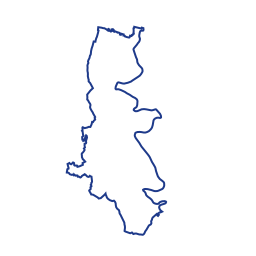 the district of My Duc, Ha Noi, Vietnam, rotated 17°
{"feature_id": "81297802B48632704069528", "entity_name": "My Duc", "entity_type": "district", "adm_level": 2, "iso_a3": "VNM", "parent_name": "Vietnam", "parent_adm1": "Ha Noi", "projection": "mercator", "projection_center": [105.721, 20.697], "detail": "fine", "context": "isolated", "style": "outline", "palette": "blue", "viewbox_px": 256, "rotation_deg": 17, "n_neighbors": 0, "source": "geoboundaries", "source_scale": "gbopen_adm2", "svg_char_len": 5756}
<svg xmlns="http://www.w3.org/2000/svg" viewBox="0 0 256 256"><g transform="rotate(17 128 128)"><path d="M69.9,55.3L70.1,59.8L70.0,62.6L70.2,65.2L70.8,68.2L70.8,69.0L70.5,69.8L70.7,72.4L70.3,74.7L70.3,75.7L70.3,76.1L71.1,77.4L70.9,78.6L70.9,80.0L71.7,82.1L72.3,84.6L72.9,86.0L73.4,86.8L74.0,88.5L74.4,90.1L75.7,92.5L76.4,93.5L76.6,94.7L76.8,95.0L78.7,96.1L82.8,100.2L81.1,103.2L79.2,108.0L80.2,110.6L80.7,112.7L81.0,112.9L81.7,113.2L82.9,114.5L84.6,115.9L85.0,116.3L85.4,117.0L85.6,119.1L86.3,120.3L88.0,122.0L89.7,123.4L90.8,124.7L93.4,127.1L93.1,127.8L93.2,128.2L94.1,129.4L94.1,129.6L93.3,130.8L92.8,132.6L91.9,132.7L92.1,135.2L91.7,138.0L90.1,138.4L88.8,139.5L86.6,140.8L84.5,140.5L84.3,140.8L84.6,141.9L85.2,143.3L84.8,144.1L85.2,144.4L85.6,144.6L87.0,147.6L87.7,148.4L86.8,150.0L87.7,152.4L88.5,152.2L89.0,153.4L89.8,152.9L89.6,152.2L90.3,152.2L90.4,150.4L89.8,150.4L90.1,147.3L90.8,147.6L91.6,149.1L91.6,152.5L91.9,153.4L92.3,154.2L92.3,154.7L92.2,155.0L91.6,155.5L91.1,155.7L91.6,157.5L92.1,158.5L92.5,159.1L91.8,160.5L92.7,161.3L92.9,161.8L92.7,162.7L92.1,164.4L91.4,165.7L91.3,166.1L91.6,167.2L92.0,167.9L92.5,169.4L93.0,170.0L93.5,170.4L93.8,171.0L95.4,171.7L96.9,172.7L94.8,174.8L95.6,176.4L93.1,178.6L91.1,179.9L90.9,179.9L90.4,178.9L90.2,178.8L88.4,179.4L88.0,179.5L87.5,179.3L87.1,178.5L86.7,177.3L86.0,177.0L85.4,177.1L84.8,178.5L84.2,179.3L82.8,179.1L82.2,178.6L80.7,180.1L82.3,182.8L82.9,183.6L83.0,184.3L82.5,184.6L82.0,185.2L82.2,186.1L82.3,187.5L82.5,188.5L83.9,188.2L84.6,188.3L85.8,189.2L87.7,189.3L88.8,188.7L90.0,189.2L90.4,189.0L90.7,188.6L90.6,188.4L91.9,188.9L92.9,188.3L93.4,188.2L93.6,188.2L93.8,188.4L94.1,189.2L94.3,189.3L95.2,188.9L95.7,188.9L96.8,189.3L97.1,189.1L97.5,188.7L98.0,187.3L99.8,185.2L100.0,185.5L100.8,185.0L103.2,186.3L104.3,186.4L105.0,186.0L105.5,184.9L106.2,185.2L107.3,185.2L109.2,189.5L109.3,190.3L109.0,191.2L109.3,192.2L109.0,193.3L109.8,193.9L110.1,194.4L110.0,194.8L109.5,195.3L109.4,195.7L110.1,197.0L110.1,197.5L109.4,198.5L109.2,199.0L109.2,199.3L110.1,200.2L110.9,200.8L111.3,201.4L111.7,201.6L112.2,202.3L114.1,202.0L119.4,203.3L120.6,204.0L122.5,203.0L125.1,198.7L125.7,197.3L126.1,198.1L127.3,199.5L128.2,200.7L129.6,201.6L131.7,202.3L134.3,202.5L135.8,201.6L137.2,202.4L137.6,202.9L138.2,203.6L138.9,205.4L139.9,207.2L141.2,208.3L143.3,209.2L144.3,210.6L144.6,211.5L145.1,212.3L146.2,213.2L152.1,219.5L152.9,221.4L153.7,222.7L154.3,224.4L154.8,227.4L154.9,227.6L156.2,227.8L160.8,228.0L161.1,227.9L162.3,226.8L162.6,226.8L164.0,227.8L164.3,227.8L165.4,226.9L166.8,226.5L170.0,226.5L171.4,226.1L173.3,225.8L173.7,225.5L174.3,224.5L174.5,223.6L174.7,221.8L175.4,219.8L176.5,215.1L178.0,213.5L178.1,212.9L178.2,212.2L177.4,210.4L177.7,208.6L177.6,207.5L177.8,206.4L180.7,201.7L181.4,201.9L181.8,203.1L182.4,203.3L182.9,202.0L181.8,200.9L182.8,199.6L183.8,199.0L183.7,198.8L184.0,198.5L184.2,198.8L185.1,198.0L183.1,197.2L181.7,196.0L180.9,194.6L180.9,193.8L181.0,193.3L181.2,192.7L182.3,191.6L184.7,190.0L185.8,189.1L186.0,188.7L186.1,187.6L185.8,187.3L184.5,187.2L182.1,188.1L180.5,189.3L179.8,190.2L179.4,191.4L178.6,191.9L177.1,192.3L175.3,192.3L174.3,192.0L173.9,191.8L172.4,190.4L171.4,189.6L169.1,188.6L167.4,188.1L165.5,187.2L164.7,186.5L164.0,185.3L163.1,184.5L162.4,184.0L160.9,183.4L160.5,182.6L161.4,181.7L162.5,181.2L164.8,180.7L168.4,180.5L171.6,180.6L172.9,180.3L174.5,179.7L175.5,179.0L178.5,176.4L179.1,175.5L179.4,174.4L179.5,172.9L179.4,172.2L178.8,170.5L178.5,169.9L177.9,169.3L176.4,168.6L173.2,167.4L170.8,165.6L169.8,164.3L167.5,161.1L165.8,158.1L165.2,157.4L163.3,155.6L160.8,153.4L157.4,149.6L156.1,148.5L154.3,147.2L146.3,141.8L143.0,138.8L138.4,135.4L137.1,134.0L136.7,133.3L136.5,132.4L136.5,130.6L137.1,129.9L138.4,129.0L140.5,128.3L141.9,128.0L144.5,127.7L145.9,127.3L147.4,126.3L148.8,125.0L149.2,124.4L150.3,122.3L150.8,120.6L150.8,118.1L150.2,113.3L150.4,112.3L151.1,111.1L152.4,109.9L153.8,109.3L155.7,109.0L156.1,108.8L156.5,108.3L156.4,107.8L155.9,106.7L154.7,105.3L154.2,104.9L149.6,102.1L149.3,102.0L148.8,102.1L146.3,103.8L145.2,104.3L140.3,104.8L138.4,105.1L137.1,105.5L135.5,106.2L132.2,109.0L130.6,109.7L129.5,109.7L128.3,109.2L128.1,108.7L128.1,108.2L128.6,107.2L129.9,105.7L130.1,104.7L130.1,103.3L129.2,99.5L128.7,98.7L128.0,98.0L126.0,97.2L123.4,96.8L119.9,95.7L116.7,95.1L114.5,94.4L110.4,93.8L107.7,93.7L105.3,94.5L104.7,94.2L104.5,93.9L104.2,92.0L104.3,91.0L104.6,88.3L104.9,87.6L105.7,87.1L106.0,87.1L109.7,87.0L111.3,86.7L114.6,84.8L116.8,83.1L117.4,82.6L118.1,81.6L122.7,76.1L124.0,74.4L124.8,72.4L125.3,70.3L125.3,69.4L124.9,68.3L124.2,67.1L123.4,66.5L120.3,64.8L118.4,63.2L117.6,62.1L116.6,59.8L115.0,58.0L112.0,53.8L110.4,51.5L110.2,51.0L110.3,50.1L112.2,45.6L112.6,44.1L113.3,42.6L113.6,41.2L113.5,39.9L113.3,39.1L112.0,37.2L111.8,36.6L111.6,35.8L111.3,33.1L111.4,32.0L111.7,31.5L112.4,31.0L113.7,30.6L114.1,30.3L114.1,30.0L114.1,29.5L113.5,28.0L111.8,28.0L111.6,29.0L104.4,29.4L104.6,30.4L104.3,30.5L104.1,31.0L105.1,33.7L105.4,35.4L105.6,35.3L106.0,36.1L105.7,36.3L105.4,36.7L105.4,37.5L105.2,37.7L104.9,37.5L104.5,37.9L104.6,38.7L104.5,39.0L103.0,39.1L103.0,39.7L103.1,40.3L102.9,41.0L102.5,41.2L100.4,41.4L98.2,41.3L97.9,40.8L96.6,40.9L96.5,39.8L93.6,39.8L93.8,41.0L93.0,41.0L92.9,40.0L92.5,39.9L92.3,39.7L91.9,39.5L90.4,39.5L90.1,39.6L90.1,39.8L89.9,39.8L89.7,39.5L88.8,39.5L87.7,39.3L87.1,39.8L86.9,40.0L86.6,40.0L85.8,38.5L84.6,37.9L84.4,38.0L84.9,38.8L84.9,39.6L84.7,39.6L84.1,38.5L83.6,38.6L83.9,39.4L84.0,40.1L83.7,40.6L83.4,40.8L82.4,40.5L81.4,39.4L80.5,38.9L80.2,39.2L80.3,39.3L81.0,39.8L81.2,40.1L81.3,40.4L81.1,40.7L80.3,40.7L78.6,40.0L76.3,39.5L75.0,39.8L73.5,39.8L70.1,40.3L70.6,43.1L70.7,43.3L71.3,43.4L71.5,45.9L71.6,49.9L71.4,51.3L71.4,53.4L71.6,55.0L69.9,55.3Z" fill="none" stroke="#1e3a8a" stroke-width="2"/></g></svg>